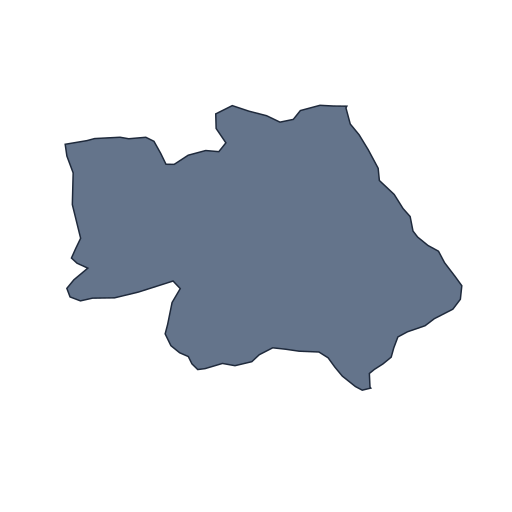 Årjäng, Värmland, Sweden, rotated 165°
{"feature_id": "70781695B60576309350500", "entity_name": "Årjäng", "entity_type": "district", "adm_level": 2, "iso_a3": "SWE", "parent_name": "Sweden", "parent_adm1": "Värmland", "projection": "natural_earth1", "projection_center": [12.122, 59.449], "detail": "fine", "context": "isolated", "style": "filled", "palette": "slate", "viewbox_px": 512, "rotation_deg": 165, "n_neighbors": 0, "source": "geoboundaries", "source_scale": "gbopen_adm2", "svg_char_len": 1323}
<svg xmlns="http://www.w3.org/2000/svg" viewBox="0 0 512 512"><g transform="rotate(165 256 256)"><path d="M411.4,413.3L412.8,401.5L411.1,383.6L420.1,353.2L420.8,318.5L428.2,309.9L434.8,301.8L430.7,295.3L421.6,287.8L438.0,280.2L442.6,276.9L447.1,273.7L446.2,264.6L437.2,258.1L424.8,257.6L403.4,252.2L378.8,251.6L342.6,253.3L337.6,244.1L349.1,232.8L359.0,212.9L363.9,204.3L361.4,191.4L354.8,182.3L347.4,176.4L345.8,168.4L342.6,163.0L341.7,161.4L334.3,160.4L316.2,160.9L304.7,155.5L287.4,155.0L278.4,159.8L263.6,163.0L251.3,158.2L239.0,152.9L220.1,147.0L212.7,139.0L208.6,128.3L203.7,117.6L193.8,104.2L188.1,98.9L179.3,98.7L179.8,100.0L176.9,113.2L171.1,115.8L161.3,118.9L151.6,123.3L146.7,131.6L139.9,141.1L129.2,143.6L110.7,144.9L100.0,149.3L79.6,153.7L69.8,161.3L64.9,174.0L68.8,184.2L75.6,200.7L78.5,213.4L87.2,221.7L95.0,232.5L97.9,239.5L96.9,254.2L101.7,263.8L106.6,279.7L117.3,297.0L115.3,309.1L120.1,329.6L125.0,346.3L130.8,359.1L130.8,375.8L129.5,377.2L141.6,380.6L142.0,380.7L155.2,385.0L175.5,385.0L184.6,378.3L198.2,379.1L209.5,388.8L225.3,397.7L240.0,407.4L258.1,403.7L261.5,389.5L255.8,373.1L264.9,366.4L277.3,370.9L295.4,370.9L311.3,365.7L319.2,367.9L321.5,379.8L324.9,393.2L331.7,399.2L348.6,402.2L356.6,405.9L381.5,411.2L389.4,411.2L411.4,413.3Z" fill="#64748b" stroke="#1e293b" stroke-width="1.5"/></g></svg>